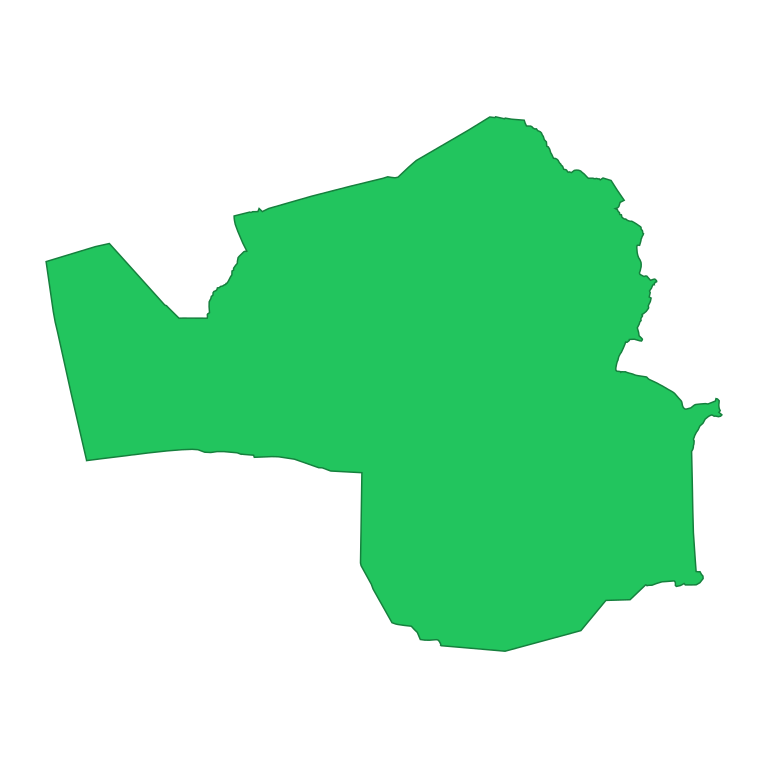 the district of Purépero, Michoacán, Mexico
{"feature_id": "50627088B73803065324582", "entity_name": "Purépero", "entity_type": "district", "adm_level": 2, "iso_a3": "MEX", "parent_name": "Mexico", "parent_adm1": "Michoacán", "projection": "robinson", "projection_center": [-101.968, 19.91], "detail": "fine", "context": "isolated", "style": "filled", "palette": "green", "viewbox_px": 768, "rotation_deg": 0, "n_neighbors": 0, "source": "geoboundaries", "source_scale": "gbopen_adm2", "svg_char_len": 6109}
<svg xmlns="http://www.w3.org/2000/svg" viewBox="0 0 768 768"><path d="M86.6,460.6L102.3,458.6L127.0,455.6L132.0,454.9L134.3,454.7L147.6,453.0L167.0,450.9L182.0,449.7L192.2,449.3L198.0,449.7L204.7,452.2L210.8,452.5L216.9,451.6L224.1,451.6L237.2,452.8L241.2,454.3L241.5,454.1L243.7,454.4L253.6,455.2L254.3,457.3L271.8,456.6L276.6,456.7L278.8,456.8L294.5,459.2L318.7,467.7L322.2,467.8L330.7,471.0L361.9,472.7L361.0,532.2L360.5,563.0L361.1,565.7L371.3,584.2L373.1,589.1L392.0,622.7L395.7,624.0L398.0,624.5L404.2,625.4L409.5,626.0L411.3,626.2L414.4,629.6L417.3,632.4L420.3,639.5L424.7,640.1L429.5,640.2L434.4,639.8L435.9,639.7L436.8,639.7L437.8,639.9L438.9,640.9L439.7,642.1L440.2,643.1L440.8,644.4L440.6,645.2L441.1,645.7L464.7,647.7L505.1,651.2L580.9,630.6L605.9,600.4L630.1,599.7L645.6,584.9L646.4,585.1L646.7,585.3L647.0,585.7L647.7,585.5L648.1,585.4L649.1,585.3L652.0,585.2L656.5,583.5L662.0,581.8L666.6,581.5L674.1,580.9L675.0,581.7L675.4,583.1L675.4,585.5L676.4,586.4L680.2,585.6L681.9,584.8L684.1,583.5L685.3,584.9L691.7,584.9L696.2,584.8L699.9,582.7L703.1,578.6L703.0,576.6L702.8,575.9L702.6,575.6L702.2,575.2L701.7,574.7L701.3,574.1L700.0,571.7L698.6,571.8L697.3,571.7L696.1,571.5L695.1,557.8L693.4,532.6L692.8,510.3L692.5,494.5L692.5,493.5L692.2,478.6L691.6,451.4L692.8,449.3L693.3,447.5L693.4,445.7L693.9,444.1L694.1,441.6L694.1,440.7L693.8,440.4L693.6,439.8L693.5,438.9L694.1,437.5L694.7,435.6L696.3,432.4L698.2,429.7L699.8,426.1L703.0,423.2L705.2,419.1L708.4,416.5L709.6,415.8L711.4,415.0L712.5,415.2L714.1,416.2L715.6,416.1L718.5,416.7L720.6,416.2L721.9,414.9L718.9,412.3L720.2,410.7L719.2,408.5L718.9,406.5L718.8,404.8L719.0,403.3L719.2,400.8L717.5,399.0L716.0,398.6L715.4,401.0L712.0,402.4L709.9,403.2L708.0,404.0L705.4,403.6L700.2,404.0L695.8,404.5L694.9,404.8L694.2,405.2L692.9,406.2L690.8,407.9L687.7,408.7L686.3,409.1L685.2,409.1L683.9,408.2L683.1,407.1L682.5,405.6L681.8,402.1L681.4,401.2L680.9,400.5L678.3,397.7L675.4,394.3L674.5,393.3L673.2,392.3L671.6,391.3L668.0,389.3L662.6,386.1L659.7,384.6L658.8,384.1L657.6,383.4L654.5,381.9L649.1,379.4L648.1,378.6L647.0,377.4L646.7,377.1L646.1,376.9L639.5,375.9L636.5,375.4L634.7,374.9L633.4,374.3L631.9,373.8L629.1,373.1L626.8,372.4L625.5,371.8L623.2,371.8L621.8,371.7L620.8,372.3L620.6,371.7L620.1,371.6L619.4,371.4L616.9,371.2L615.9,370.3L615.8,368.1L616.6,363.9L617.2,361.7L618.0,360.0L618.2,358.8L618.8,356.6L620.3,353.7L621.3,352.4L623.3,348.1L624.9,344.3L625.6,342.1L627.0,342.3L629.2,340.6L629.3,339.5L630.6,339.4L634.3,339.2L636.7,339.9L639.8,340.8L641.5,341.0L642.1,340.2L642.4,339.2L641.7,338.3L639.1,335.8L638.6,332.4L637.3,327.8L639.1,324.4L639.9,321.8L640.7,321.0L641.0,320.7L641.1,320.2L641.0,319.8L640.8,319.3L641.0,318.3L641.6,317.3L641.9,316.9L642.1,316.6L642.5,315.9L642.5,315.7L642.1,315.3L642.0,314.9L642.0,314.5L642.2,314.3L642.7,314.1L643.4,313.7L645.1,312.3L646.2,311.4L646.7,310.7L648.4,308.4L648.6,307.7L648.6,307.0L648.2,306.1L648.7,304.8L650.3,301.6L650.8,299.5L650.9,298.4L651.1,298.1L649.2,297.0L650.2,292.6L649.5,291.0L651.5,288.1L652.5,285.6L653.2,284.7L654.3,284.7L654.2,284.3L654.2,284.0L654.4,283.5L654.8,283.0L655.4,282.2L655.8,282.0L656.2,282.0L656.6,281.8L656.7,281.3L656.5,280.7L656.3,280.4L655.5,279.7L655.0,279.2L654.7,279.1L653.9,279.2L652.8,279.5L650.5,280.3L646.8,276.1L645.3,276.0L644.0,276.5L642.6,275.8L640.0,274.4L639.4,273.0L640.3,270.4L640.7,268.4L641.1,266.9L641.2,264.4L641.0,262.4L640.1,260.1L638.7,257.8L637.8,255.4L637.2,252.7L636.8,248.1L636.8,247.1L636.9,246.1L637.3,245.3L637.8,245.2L638.4,245.2L638.7,245.2L639.2,245.4L639.6,245.3L640.6,241.9L641.0,240.2L641.1,239.1L641.5,238.4L642.2,236.4L643.1,234.9L643.5,233.7L643.0,233.4L642.8,233.0L642.6,231.5L642.4,230.6L642.0,230.1L641.4,229.6L641.1,229.0L641.1,228.4L641.0,227.4L640.7,226.9L636.7,224.1L634.3,222.6L632.1,221.4L631.7,221.2L630.9,221.3L630.0,221.2L628.6,220.8L627.6,220.4L626.8,219.9L626.1,219.3L625.7,219.0L624.6,219.1L623.4,218.4L622.5,217.7L622.0,217.2L621.8,217.0L621.5,215.1L621.4,214.8L621.2,214.7L620.9,214.6L620.5,214.6L620.1,214.6L619.8,214.4L619.6,214.1L619.5,212.8L619.4,212.5L618.6,211.9L617.9,211.0L617.5,209.9L617.4,209.7L615.3,208.6L617.4,208.0L618.8,206.6L620.1,202.4L624.2,200.3L617.2,190.1L611.1,180.5L603.0,178.0L600.2,179.9L599.3,178.9L597.9,178.9L597.3,178.6L596.2,178.4L595.4,178.7L593.8,178.6L593.1,178.2L590.2,178.2L588.4,178.3L586.7,176.7L584.3,174.1L581.8,172.1L580.8,171.1L579.7,170.6L578.4,170.2L576.3,170.1L574.3,170.4L571.4,172.6L569.4,171.9L568.2,172.2L567.8,172.0L566.6,170.2L565.9,169.7L563.7,169.3L562.6,166.3L561.2,165.1L560.6,163.9L559.8,163.3L558.8,161.7L558.2,160.5L557.3,159.5L555.6,158.5L553.5,158.3L551.7,154.3L550.7,152.7L549.7,149.3L548.3,146.9L546.8,146.3L546.4,141.9L544.3,139.7L543.3,136.4L542.2,134.8L541.5,133.0L540.3,131.8L538.9,131.1L538.1,130.9L537.1,129.9L536.5,128.9L535.3,128.9L534.5,128.9L533.5,128.2L532.9,127.9L531.9,126.7L530.6,126.1L526.5,126.0L525.1,123.0L524.2,120.2L511.6,119.2L505.2,118.1L504.6,118.8L495.6,116.8L494.9,117.6L489.8,117.0L469.2,129.7L465.8,131.7L416.3,160.5L412.8,163.5L408.6,167.2L398.0,177.2L395.0,177.8L391.4,177.4L387.7,176.8L383.0,178.3L350.9,186.1L321.3,193.7L311.2,196.3L268.7,208.5L262.3,211.6L259.1,208.5L257.9,211.6L252.7,211.7L252.0,212.0L251.1,212.5L249.7,212.1L235.6,215.6L234.1,216.0L234.2,218.3L234.5,220.7L235.3,224.5L237.8,231.3L242.8,243.1L246.9,251.2L246.6,251.4L245.6,251.3L244.8,251.4L244.3,251.5L243.8,251.8L239.3,256.2L238.1,257.6L237.4,261.2L237.3,263.4L235.7,265.2L233.6,268.2L233.6,270.1L232.0,271.0L231.9,274.8L230.6,276.7L228.6,280.6L228.0,281.7L227.1,283.1L226.0,283.5L225.8,284.4L224.1,285.0L222.5,286.1L220.7,286.4L219.1,287.7L217.4,287.9L216.9,289.7L215.8,290.7L213.9,291.5L213.1,292.7L213.0,294.4L212.8,295.4L211.4,296.3L211.1,297.3L210.9,298.6L210.3,299.6L209.5,301.2L209.2,301.8L209.1,306.6L209.5,312.7L207.7,313.9L207.3,314.7L207.5,316.4L207.2,318.2L183.0,318.1L179.0,318.2L167.4,306.7L166.5,305.7L164.8,305.1L119.6,254.9L109.3,243.5L108.1,243.8L95.5,246.6L46.1,261.6L53.3,311.6L55.2,322.1L57.4,331.3L60.9,347.1L71.1,393.2L76.7,417.5L86.6,460.4L86.6,460.6Z" fill="#22c55e" stroke="#15803d" stroke-width="1.5"/></svg>